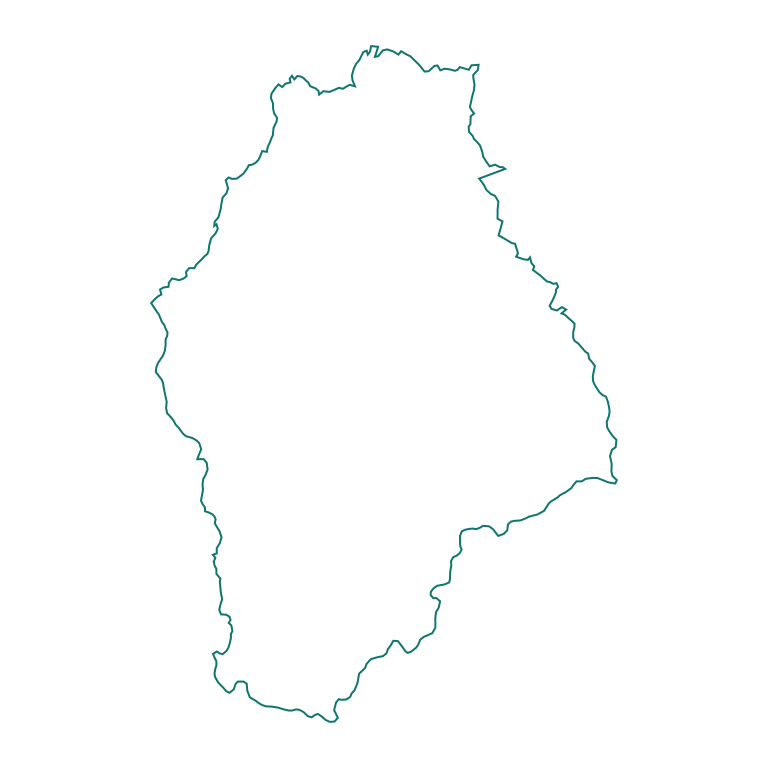 outline of Campinaçu, Goiás, Brazil
{"feature_id": "56859067B82037437872279", "entity_name": "Campinaçu", "entity_type": "district", "adm_level": 2, "iso_a3": "BRA", "parent_name": "Brazil", "parent_adm1": "Goiás", "projection": "robinson", "projection_center": [-48.57, -13.889], "detail": "fine", "context": "isolated", "style": "outline", "palette": "teal", "viewbox_px": 768, "rotation_deg": 0, "n_neighbors": 0, "source": "geoboundaries", "source_scale": "gbopen_adm2", "svg_char_len": 5388}
<svg xmlns="http://www.w3.org/2000/svg" viewBox="0 0 768 768"><path d="M588.1,353.5L585.1,351.5L578.3,343.5L574.7,341.0L573.1,337.6L573.3,331.5L574.4,327.4L574.5,323.5L564.7,314.6L561.5,313.4L566.1,309.6L561.9,307.1L556.8,310.5L551.6,308.9L549.6,305.9L553.1,299.3L555.8,293.0L556.0,289.7L558.1,286.8L556.6,283.2L553.1,283.8L549.9,282.0L546.9,281.5L540.2,275.4L537.4,273.3L532.9,269.9L534.3,266.3L531.5,263.2L530.0,257.4L527.9,259.9L523.4,259.2L516.1,256.7L518.0,253.3L515.1,243.8L511.8,243.1L504.2,238.5L498.6,235.4L502.5,221.4L497.5,218.7L497.6,213.9L497.6,209.4L498.4,201.7L495.1,195.9L490.7,193.9L486.3,189.8L483.8,184.8L481.8,182.0L479.2,178.6L505.2,168.9L502.6,167.2L499.6,167.0L495.1,164.7L489.7,166.3L487.0,162.7L483.1,156.6L482.4,152.3L480.1,145.6L476.9,141.8L474.1,139.2L472.8,136.1L469.0,131.8L468.7,126.8L470.4,124.0L470.7,116.3L474.1,113.5L471.8,110.6L469.9,107.1L472.2,96.4L473.9,90.3L474.5,84.4L473.4,78.3L473.2,75.0L477.8,70.0L478.6,64.8L471.5,65.3L468.8,69.8L459.8,67.1L457.8,69.6L455.1,70.8L449.8,69.4L444.8,68.7L440.3,70.3L437.5,65.5L434.5,65.9L428.7,71.2L424.6,71.6L418.9,64.6L410.5,56.4L404.8,53.5L401.1,51.2L398.4,54.6L393.2,51.4L387.2,49.4L382.8,50.4L378.2,56.2L374.9,56.8L376.8,51.1L378.1,46.8L371.1,46.1L370.1,51.4L367.8,54.6L366.7,50.7L363.3,52.0L359.4,60.0L356.1,63.9L353.9,68.4L351.9,75.5L352.5,80.3L355.0,86.3L349.6,84.8L342.8,88.8L339.0,87.8L333.3,90.3L329.4,91.9L323.4,91.2L319.1,94.6L318.5,91.0L315.8,88.5L310.2,86.2L308.2,82.4L305.7,80.3L303.5,78.0L300.6,76.5L297.4,76.0L294.3,79.4L292.0,75.8L289.7,78.7L290.5,82.4L285.5,83.7L282.2,87.1L278.5,84.4L275.2,88.2L271.5,93.7L270.9,98.1L273.0,103.3L273.1,108.7L274.1,113.3L277.1,117.9L276.5,121.7L273.6,127.6L273.1,132.0L272.9,135.2L271.5,138.1L269.9,142.3L267.6,147.4L266.9,151.8L262.2,151.1L259.9,157.0L258.3,160.0L255.7,162.7L252.0,164.7L248.8,165.2L247.3,168.2L243.6,173.4L241.2,175.4L236.9,178.6L232.0,178.9L228.6,177.5L225.7,180.2L227.2,185.0L228.0,188.5L226.5,193.2L222.6,197.6L221.3,204.4L220.9,208.2L218.4,217.3L214.7,221.7L214.2,226.0L216.5,224.2L217.8,228.8L215.6,233.3L211.1,238.3L209.3,244.9L208.6,250.9L207.3,254.0L204.1,256.7L201.2,259.9L196.4,264.5L194.3,268.2L189.1,268.1L185.9,272.2L186.7,276.1L183.4,278.6L179.1,280.2L172.1,278.4L168.9,282.7L168.5,286.8L163.4,287.5L160.0,289.5L161.4,294.5L158.1,296.3L155.2,298.8L151.2,303.0L153.9,307.3L156.9,311.8L158.8,314.3L160.3,318.0L162.0,322.1L164.2,324.8L165.6,328.7L167.5,332.3L167.2,335.8L165.6,339.6L165.6,345.1L164.9,350.6L163.0,355.6L160.4,359.4L158.0,363.1L156.3,367.4L155.8,372.0L161.7,379.7L163.1,383.1L163.6,387.0L165.0,394.0L166.7,401.8L166.1,408.1L167.1,413.2L170.5,416.8L173.3,420.2L175.6,424.5L178.6,427.7L183.0,433.7L186.0,436.2L192.3,438.0L196.6,440.5L199.2,443.0L201.2,449.2L198.9,454.8L197.3,459.2L203.7,459.1L206.7,462.8L207.6,469.6L205.3,475.4L203.3,478.8L202.5,484.9L203.0,489.9L201.0,500.6L202.8,504.5L205.0,507.5L205.0,511.3L208.6,512.4L212.2,514.2L214.4,516.3L215.6,519.3L214.8,523.3L216.5,526.3L219.5,531.1L221.5,537.3L219.8,543.2L216.7,548.2L216.8,553.4L212.9,554.8L215.4,557.9L213.7,561.6L214.7,565.9L216.4,568.9L216.4,573.9L218.5,576.4L220.4,578.7L219.8,581.9L220.4,587.4L220.7,591.5L221.3,595.1L222.2,599.0L220.5,604.5L219.2,609.7L221.1,614.4L226.1,614.7L229.5,616.7L230.5,619.9L228.7,622.9L231.3,625.3L232.4,631.0L230.9,634.0L230.9,638.1L229.7,643.4L228.3,647.9L226.4,651.0L222.7,654.1L219.6,653.4L216.9,651.5L213.0,653.9L214.5,657.5L216.4,661.4L216.4,665.4L215.3,668.9L214.5,673.4L215.1,677.1L218.4,682.8L223.1,687.5L226.3,691.2L229.5,692.8L233.8,689.3L235.5,684.1L237.8,681.6L243.6,681.6L246.7,683.7L247.3,690.7L249.8,697.3L255.3,700.5L258.9,703.2L262.2,705.1L266.4,706.4L271.8,706.6L278.0,707.6L283.9,709.4L288.5,710.5L292.1,710.5L295.9,709.4L299.3,709.8L303.6,712.1L307.9,716.2L311.7,717.3L314.7,715.1L317.8,713.9L321.9,716.6L325.5,719.9L329.9,721.9L334.6,721.5L337.8,717.8L335.8,713.5L334.1,710.1L336.1,702.4L338.8,699.2L341.8,699.8L346.2,699.5L350.2,696.9L351.6,693.5L354.5,690.3L356.3,685.9L357.5,682.9L359.1,673.7L365.0,668.1L366.6,663.9L370.8,659.2L376.7,657.4L383.0,656.1L386.4,653.4L388.1,648.8L390.7,645.4L393.3,640.8L397.9,641.1L402.5,647.0L405.1,651.0L407.6,652.9L411.2,651.6L416.4,647.4L418.4,644.3L420.2,639.7L423.9,636.8L427.3,635.4L432.3,633.1L435.3,627.8L435.4,624.5L435.3,618.5L436.0,612.3L438.7,607.6L440.1,601.4L436.5,598.1L433.3,598.2L430.6,595.0L430.9,591.7L433.9,588.0L437.1,585.8L444.6,584.4L449.2,582.4L450.0,578.9L450.2,571.8L451.3,565.2L451.0,561.3L453.1,557.3L457.1,555.4L459.9,552.9L461.6,549.5L460.3,546.3L460.0,542.7L460.0,535.9L461.8,531.3L465.3,529.7L469.3,528.9L472.6,528.6L476.5,529.1L480.4,527.5L482.9,525.8L489.0,526.3L492.9,529.1L498.2,535.9L503.6,534.0L507.2,530.4L508.0,524.3L511.0,521.6L514.1,520.9L520.5,520.4L525.7,518.4L529.1,516.6L537.4,514.5L544.1,510.8L546.1,507.6L548.7,503.6L550.9,501.5L553.9,499.7L557.7,497.4L560.0,495.2L565.8,492.1L568.2,490.4L571.5,487.9L573.3,485.1L576.5,481.4L581.9,481.3L585.5,478.9L592.0,477.9L597.4,478.0L601.0,479.4L607.1,481.9L610.9,482.9L615.3,483.5L616.8,480.1L612.5,476.0L611.4,471.5L611.7,463.9L610.0,456.2L612.0,449.8L615.7,447.1L616.4,439.8L613.0,436.4L609.2,431.1L607.2,427.5L606.7,421.9L609.0,415.7L609.6,411.4L609.1,407.5L607.8,401.4L605.9,396.6L602.5,395.0L599.5,392.3L596.6,387.9L594.7,384.9L593.1,381.1L592.8,376.3L593.6,372.0L594.9,366.0L592.3,362.4L589.2,358.8L588.1,353.5Z" fill="none" stroke="#0f766e" stroke-width="2"/></svg>